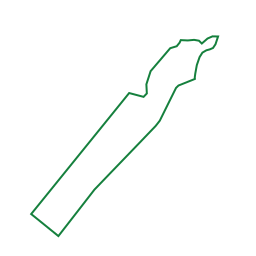 the border of Namayingo, rotated 39°
{"feature_id": "UGA-5614", "entity_name": "Namayingo", "entity_type": "District", "adm_level": 1, "iso_a3": "UGA", "parent_name": "Uganda", "parent_adm1": "", "projection": "equal_earth", "projection_center": [33.828, -0.264], "detail": "fine", "context": "isolated", "style": "outline", "palette": "green", "viewbox_px": 256, "rotation_deg": 39, "n_neighbors": 0, "source": "natural_earth", "source_scale": "10m", "svg_char_len": 635}
<svg xmlns="http://www.w3.org/2000/svg" viewBox="0 0 256 256"><g transform="rotate(39 128 128)"><path d="M141.9,255.8L131.4,255.8L107.9,255.8L106.9,255.8L106.9,100.1L120.5,94.0L120.9,89.3L114.8,82.5L109.8,69.6L110.6,39.4L114.4,33.8L114.4,30.3L114.4,29.2L113.7,26.5L119.4,22.3L123.9,17.9L128.2,15.5L132.2,15.9L133.5,8.4L136.0,3.6L140.4,0.2L143.3,7.9L143.7,12.3L142.1,15.4L140.0,18.3L138.4,22.6L139.0,27.8L141.9,35.8L146.0,43.3L148.0,46.6L149.1,47.8L148.0,49.8L140.5,63.2L140.1,66.6L144.1,84.5L148.1,102.3L148.2,109.0L145.9,136.4L142.8,172.2L140.7,197.0L141.2,220.6L141.9,255.8Z" fill="none" stroke="#15803d" stroke-width="2"/></g></svg>